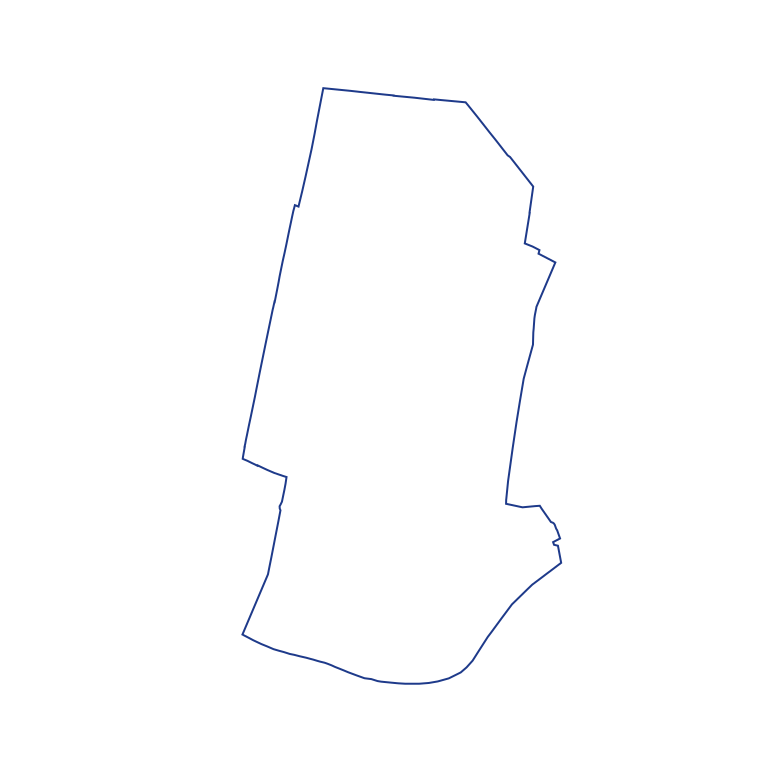 outline of Tichilesti, Braila, Romania, rotated 77°
{"feature_id": "2599482B652053603883", "entity_name": "Tichilesti", "entity_type": "district", "adm_level": 2, "iso_a3": "ROU", "parent_name": "Romania", "parent_adm1": "Braila", "projection": "natural_earth1", "projection_center": [27.899, 45.141], "detail": "fine", "context": "isolated", "style": "outline", "palette": "blue", "viewbox_px": 768, "rotation_deg": 77, "n_neighbors": 0, "source": "geoboundaries", "source_scale": "gbopen_adm2", "svg_char_len": 2331}
<svg xmlns="http://www.w3.org/2000/svg" viewBox="0 0 768 768"><g transform="rotate(77 384 384)"><path d="M596.3,578.3L601.3,572.4L602.8,570.7L604.2,569.1L606.5,566.2L609.8,562.0L613.6,556.6L617.5,551.3L620.2,546.5L622.6,542.0L624.6,538.6L625.8,536.6L627.7,532.4L630.3,527.4L633.2,521.4L635.3,517.5L636.6,515.0L638.5,511.7L640.1,508.8L642.2,504.6L643.9,501.9L646.3,498.4L648.7,495.3L650.9,492.1L654.1,487.5L656.7,483.9L661.6,476.5L666.3,469.2L668.7,462.7L672.0,457.1L673.4,453.7L676.6,444.2L678.8,437.6L680.9,430.5L684.0,416.9L685.4,407.5L685.9,398.5L685.4,387.1L683.6,379.5L682.3,374.1L678.7,367.3L673.5,359.9L666.2,352.5L653.8,339.8L650.3,335.6L638.6,322.0L627.5,308.9L616.5,290.8L612.9,284.8L605.5,268.2L598.1,251.6L583.4,251.0L580.7,250.9L578.9,254.5L576.1,254.8L574.1,247.2L565.4,248.2L564.1,248.7L563.0,248.9L561.2,249.1L559.6,249.3L558.2,249.8L557.2,250.6L556.0,252.4L541.1,258.4L537.7,259.6L537.0,264.1L535.3,276.8L528.2,292.0L524.3,291.0L523.5,290.7L506.4,284.9L475.3,273.0L451.1,263.5L431.0,255.3L410.3,246.7L399.6,241.0L379.2,230.0L367.3,226.9L363.7,225.7L353.9,222.7L350.8,221.5L344.8,218.8L343.1,218.1L304.1,189.7L291.8,204.1L288.5,202.4L283.5,208.3L278.7,215.2L250.0,203.5L249.9,203.7L249.1,203.4L225.2,194.2L191.2,210.1L189.0,212.1L172.2,219.9L162.0,224.8L157.3,227.0L143.9,233.3L140.8,234.8L130.7,239.7L127.9,241.1L127.2,243.2L120.3,264.1L117.9,271.3L118.4,271.5L111.9,289.9L105.3,309.8L105.0,309.7L102.6,316.9L100.6,322.7L96.7,333.9L94.9,339.1L94.0,341.7L90.9,350.5L82.1,376.6L94.0,381.9L112.9,390.3L124.5,395.3L138.8,401.7L164.3,413.8L177.7,420.3L177.9,420.4L190.7,426.8L191.9,427.4L189.7,430.6L192.6,432.1L195.0,433.4L200.3,435.9L205.5,438.3L212.8,441.7L215.2,442.8L226.6,448.0L234.1,451.5L241.6,455.1L255.4,461.4L260.8,463.7L267.6,466.7L279.4,472.0L279.2,472.2L284.9,474.9L286.0,475.5L316.6,489.6L343.5,501.9L360.8,509.7L367.1,512.5L386.2,521.3L393.9,524.9L398.3,526.9L402.9,529.0L407.4,531.1L410.9,532.6L413.8,534.0L413.9,533.8L421.4,537.0L423.3,537.8L425.1,538.5L425.8,537.6L428.1,534.4L431.3,530.5L433.1,528.2L435.2,525.7L434.8,525.5L438.4,521.0L441.6,516.9L446.0,510.9L451.1,502.7L452.7,499.9L459.1,502.4L464.6,504.8L475.7,509.9L478.2,511.9L479.6,513.2L481.8,513.6L483.8,513.3L493.8,517.7L508.8,524.4L527.9,532.9L535.6,536.4L543.4,539.9L596.3,578.3Z" fill="none" stroke="#1e3a8a" stroke-width="2"/></g></svg>